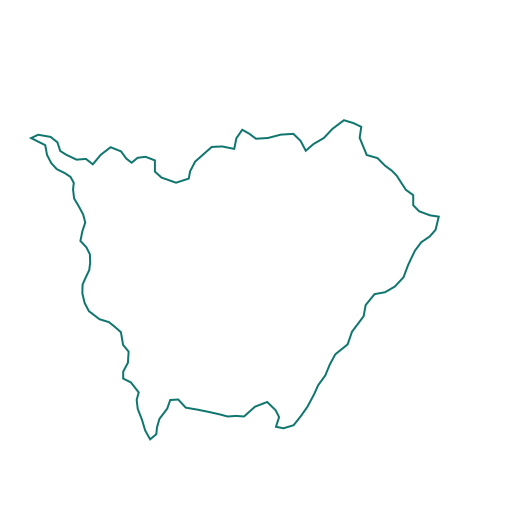 the district of Taguaí, São Paulo, Brazil, rotated 75°
{"feature_id": "56859067B74189053823533", "entity_name": "Taguaí", "entity_type": "district", "adm_level": 2, "iso_a3": "BRA", "parent_name": "Brazil", "parent_adm1": "São Paulo", "projection": "robinson", "projection_center": [-49.403, -23.468], "detail": "fine", "context": "isolated", "style": "outline", "palette": "teal", "viewbox_px": 512, "rotation_deg": 75, "n_neighbors": 0, "source": "geoboundaries", "source_scale": "gbopen_adm2", "svg_char_len": 1793}
<svg xmlns="http://www.w3.org/2000/svg" viewBox="0 0 512 512"><g transform="rotate(75 256 256)"><path d="M405.7,405.7L402.3,398.4L395.9,396.0L388.3,391.4L380.5,381.3L372.9,376.1L374.5,368.3L384.3,363.1L389.4,352.0L395.0,340.8L399.5,332.2L403.7,324.9L405.3,316.7L407.9,309.1L401.3,296.0L399.9,283.0L410.0,277.0L417.6,275.4L426.1,280.9L429.5,274.1L429.2,263.5L422.1,253.9L414.9,245.3L404.4,235.5L397.0,229.5L389.3,220.0L379.8,212.7L371.5,204.9L365.1,190.4L353.9,182.8L347.2,174.2L342.0,167.6L331.8,162.8L323.5,151.4L324.4,140.8L321.4,129.7L314.7,119.0L304.2,111.5L298.0,106.3L292.0,101.1L285.5,92.9L282.1,83.2L277.2,75.8L265.3,69.3L261.8,77.3L255.1,86.8L247.7,91.0L237.9,88.4L230.9,94.1L223.6,96.5L214.8,99.3L208.8,102.7L202.3,107.9L192.9,113.3L187.1,122.9L168.7,125.3L158.5,120.9L152.9,127.4L147.6,135.9L152.9,149.1L159.6,160.0L162.7,171.4L167.2,180.7L156.4,183.1L147.7,188.3L145.2,200.5L145.1,214.0L142.7,225.7L136.1,230.9L130.5,236.6L137.2,244.5L146.9,249.3L141.4,260.4L139.2,270.5L142.8,277.8L149.1,290.4L157.1,297.7L163.8,300.9L164.5,314.3L155.8,327.0L148.3,331.8L137.5,328.9L131.6,337.0L130.5,344.9L133.7,352.0L128.3,356.1L120.0,359.3L113.3,368.3L118.0,379.7L125.2,389.9L118.2,395.2L116.5,404.4L109.1,413.1L103.9,417.9L94.8,418.4L87.8,423.6L82.5,435.0L83.9,442.7L94.4,430.9L104.2,431.7L113.1,429.8L120.4,426.1L126.6,419.1L131.6,414.7L138.2,413.1L144.4,415.5L153.3,416.8L162.7,414.2L171.2,412.2L179.5,412.3L187.3,417.4L196.0,421.7L203.7,417.6L211.3,416.0L219.5,417.9L226.4,420.7L233.1,426.4L238.7,430.9L247.1,433.4L256.9,433.7L266.0,431.7L276.5,423.6L281.8,415.2L287.3,411.1L294.7,406.2L307.4,407.4L315.4,403.8L325.9,407.3L333.3,414.2L340.0,416.0L345.8,409.5L357.4,404.6L364.1,408.5L372.9,409.8L385.0,408.5L395.9,408.2L405.7,405.7Z" fill="none" stroke="#0f766e" stroke-width="2"/></g></svg>